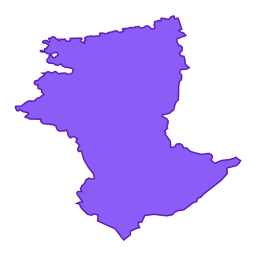 outline of Qostanay
{"feature_id": "KAZ-3196", "entity_name": "Qostanay", "entity_type": "Region", "adm_level": 1, "iso_a3": "KAZ", "parent_name": "Kazakhstan", "parent_adm1": "", "projection": "equal_earth", "projection_center": [62.901, 51.427], "detail": "fine", "context": "isolated", "style": "filled", "palette": "violet", "viewbox_px": 256, "rotation_deg": 0, "n_neighbors": 0, "source": "natural_earth", "source_scale": "10m", "svg_char_len": 5487}
<svg xmlns="http://www.w3.org/2000/svg" viewBox="0 0 256 256"><path d="M175.0,18.9L178.1,18.1L181.8,29.2L178.8,30.3L180.4,31.9L183.6,33.0L185.8,35.6L179.4,37.8L176.5,39.2L177.2,42.1L178.7,45.3L180.4,45.5L182.3,47.5L181.9,50.9L179.5,52.9L180.6,55.7L184.0,56.3L185.0,60.2L185.2,63.7L186.8,65.8L189.3,67.6L186.9,69.0L181.0,69.6L179.6,71.9L180.0,73.2L180.9,74.0L181.7,75.6L181.7,77.1L181.4,79.7L179.4,81.4L178.6,86.7L178.6,92.4L178.3,99.9L176.2,101.9L174.8,105.1L173.8,109.6L169.7,113.1L164.5,114.5L162.6,114.3L162.3,116.4L166.6,118.7L168.2,121.1L167.7,124.7L167.1,126.0L166.8,127.4L167.6,128.1L166.9,128.8L165.7,129.7L164.5,131.2L165.6,132.4L165.4,134.5L170.3,141.1L170.7,147.3L174.2,147.1L176.6,144.1L179.9,143.7L182.5,145.2L183.1,147.4L184.2,148.1L186.9,148.0L188.8,150.2L191.4,151.8L201.2,154.4L209.1,153.4L212.1,155.3L212.2,158.0L211.0,159.8L212.3,161.5L215.1,163.3L218.5,161.6L222.2,160.4L229.3,159.6L233.7,158.5L235.7,157.3L236.6,157.7L237.8,159.0L240.6,160.5L239.0,163.3L236.3,165.6L228.4,167.6L226.8,168.2L226.8,169.5L227.2,170.2L226.7,171.0L227.2,172.0L227.1,173.8L220.8,180.6L203.3,194.3L200.9,197.1L197.8,198.2L196.5,201.7L193.4,202.5L183.9,209.8L178.5,210.5L174.8,212.1L172.3,214.8L166.5,215.8L154.0,214.3L144.8,215.5L141.7,222.1L138.4,222.2L138.6,223.2L138.4,225.1L139.6,227.5L136.4,228.4L130.5,231.1L130.3,234.8L123.7,240.0L115.0,228.7L97.5,220.8L98.2,217.4L97.5,214.8L94.1,214.0L91.6,215.2L87.4,214.2L81.4,208.1L79.4,204.0L76.8,203.4L79.7,202.2L82.5,201.9L77.2,194.3L76.8,192.7L78.0,191.5L81.6,191.6L80.5,188.8L81.8,185.8L84.5,183.5L86.0,179.9L88.8,178.0L91.7,179.2L94.3,178.4L93.6,174.0L88.3,167.1L83.9,159.6L81.5,151.4L78.9,151.5L78.0,150.7L77.7,148.6L79.6,145.3L76.0,142.0L76.5,139.8L77.5,138.8L73.7,136.4L70.3,137.9L68.4,135.7L67.7,133.8L67.5,131.9L66.1,130.0L64.5,130.9L59.9,131.1L58.5,130.6L57.7,130.0L57.0,129.1L56.0,126.4L55.3,125.6L54.3,125.3L53.1,124.7L52.1,124.4L50.7,124.6L50.4,124.6L49.5,124.1L48.8,124.0L46.9,124.1L46.3,124.1L45.3,123.8L43.8,123.7L43.3,123.6L42.6,123.0L41.7,122.5L41.4,122.2L41.0,121.5L40.8,120.8L40.7,119.7L40.9,119.2L29.4,119.0L29.2,118.9L29.0,118.7L28.9,118.0L28.6,117.9L25.7,117.5L25.2,117.2L25.2,116.5L25.6,116.0L26.9,115.5L27.4,115.2L27.5,115.0L27.5,114.4L27.7,114.1L28.5,113.6L28.6,113.3L27.8,112.6L23.1,111.7L20.3,110.0L19.4,109.8L19.1,110.1L18.9,110.6L18.2,110.9L17.3,110.8L16.8,110.4L15.6,108.1L15.4,107.6L15.4,107.0L15.9,106.2L21.2,106.2L25.2,102.9L27.3,101.6L29.5,100.8L31.0,100.9L32.5,101.1L34.0,101.1L35.3,100.2L36.4,98.9L36.9,98.5L39.5,97.6L40.1,97.3L41.4,96.2L41.9,95.8L43.1,95.3L43.9,94.6L41.9,92.4L41.7,91.8L41.6,90.4L41.4,89.8L41.2,89.4L40.9,89.3L38.4,88.6L38.0,88.3L37.9,87.8L38.0,86.2L38.0,85.5L37.9,85.0L37.7,84.8L35.6,84.8L35.3,84.6L35.0,83.9L34.4,83.6L34.2,83.3L34.3,82.5L34.9,81.2L36.1,80.6L37.4,80.4L38.5,79.9L39.5,78.6L40.0,78.1L44.7,74.9L42.5,73.2L44.6,73.2L45.5,73.0L47.3,71.9L48.3,71.8L49.2,72.0L50.1,72.5L50.8,72.8L51.7,72.8L52.5,72.8L53.2,72.5L54.5,71.7L55.1,71.5L55.9,71.8L58.5,73.7L59.3,74.0L60.2,73.6L60.7,73.2L61.2,73.1L62.3,73.3L65.1,73.0L66.0,73.3L67.8,74.3L68.8,74.4L70.8,73.8L71.8,73.3L72.4,72.5L72.9,70.9L73.0,70.1L72.8,69.3L72.1,68.5L71.3,68.1L65.5,67.2L63.6,66.6L62.1,65.5L61.0,64.3L60.4,64.1L57.9,65.2L57.0,65.3L56.0,65.1L53.4,63.5L52.5,63.2L49.9,63.2L48.7,63.0L47.6,62.3L47.1,61.5L46.9,60.6L47.0,59.8L47.5,59.0L48.7,57.7L49.1,56.8L49.2,55.8L49.6,55.5L50.3,55.4L51.0,55.5L51.6,55.8L52.8,57.2L53.5,57.7L54.3,57.7L55.0,57.4L56.4,56.3L57.1,55.8L58.2,55.4L57.5,53.2L57.2,52.7L56.8,52.6L53.8,52.6L53.0,52.8L51.8,54.1L50.9,54.2L47.1,53.5L46.6,53.3L46.0,52.3L44.7,52.0L41.0,51.8L40.3,51.2L40.9,50.4L43.6,51.1L44.6,50.5L44.7,49.2L44.9,48.8L45.3,48.6L46.3,48.5L46.6,48.2L46.9,47.4L48.8,45.7L48.9,45.0L48.2,44.5L46.6,43.9L46.1,43.3L45.8,43.1L45.3,43.0L43.5,43.0L43.0,42.9L42.8,42.6L42.8,42.2L42.8,41.8L43.0,41.4L43.5,41.0L44.0,40.7L45.3,40.5L46.1,40.5L47.4,40.7L48.2,41.8L48.7,42.1L49.2,42.1L49.6,41.5L49.7,40.9L49.6,40.3L48.9,39.1L48.7,38.4L50.2,38.3L50.9,38.1L51.9,37.0L52.6,36.9L54.7,37.2L55.1,37.5L55.8,38.7L56.3,38.9L58.2,39.3L58.3,40.3L58.5,40.6L59.0,40.7L59.5,40.7L59.8,40.4L60.0,39.3L62.5,39.3L63.3,39.6L63.6,39.6L64.2,39.0L64.6,39.0L65.3,39.3L65.5,39.9L65.6,40.3L65.7,40.6L66.3,40.9L67.2,41.1L70.2,41.3L70.2,38.4L81.0,38.1L81.6,38.2L81.9,38.5L81.8,39.3L80.7,39.9L80.3,40.3L80.4,40.9L80.9,41.5L82.2,42.0L83.3,43.1L83.6,43.2L84.0,43.3L84.4,43.1L84.5,42.9L84.3,41.8L84.2,41.6L84.2,41.3L84.5,40.9L85.6,40.0L85.0,39.3L84.7,38.1L85.5,37.3L86.8,36.7L87.8,36.5L90.1,36.3L91.6,35.9L92.1,36.0L93.3,36.4L94.0,36.4L96.2,36.0L98.8,36.2L99.5,35.9L99.9,35.4L99.9,34.9L99.6,34.4L99.5,33.8L99.8,33.3L100.7,33.1L102.3,33.1L105.3,33.7L106.3,33.7L107.1,33.4L108.5,32.6L109.2,32.3L111.0,32.2L115.3,30.8L116.2,30.8L117.0,31.1L119.2,32.4L120.3,32.6L120.6,32.2L121.4,31.9L122.4,31.8L123.2,31.5L123.7,30.6L122.8,29.8L122.4,29.3L122.5,29.0L123.1,28.5L123.6,28.9L123.9,29.0L124.5,29.0L125.4,28.3L125.8,28.3L127.0,28.6L127.6,28.5L128.9,28.0L129.7,27.9L130.3,27.7L130.7,27.4L131.8,27.7L134.4,27.5L134.7,27.3L135.3,26.8L136.5,27.0L137.1,26.9L138.2,26.3L140.2,27.6L141.0,28.0L142.0,28.0L143.7,27.4L145.3,26.4L147.0,25.8L148.8,26.3L150.9,28.4L151.6,28.9L152.0,29.0L152.5,28.9L153.2,28.6L154.0,28.8L155.0,27.7L154.1,24.3L154.6,23.5L154.5,22.8L154.5,22.1L154.9,21.7L158.3,20.6L159.0,20.5L160.5,20.9L161.1,20.7L161.3,20.0L160.9,18.8L161.1,18.4L161.8,18.2L164.4,18.5L168.0,19.4L168.8,19.3L169.5,18.7L170.2,17.7L171.0,16.9L171.8,16.5L173.7,16.0L174.2,16.3L174.5,18.4L175.0,18.9Z" fill="#8b5cf6" stroke="#5b21b6" stroke-width="1.5"/></svg>